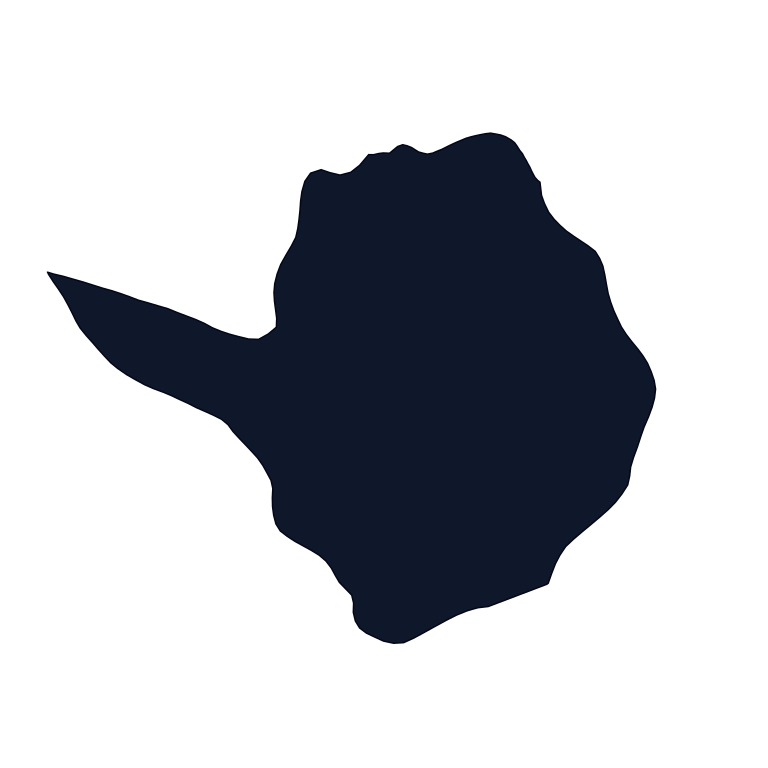 outline of Al Maflahi, Lahij, Yemen, rotated 63°
{"feature_id": "15242507B25338309738569", "entity_name": "Al Maflahi", "entity_type": "district", "adm_level": 2, "iso_a3": "YEM", "parent_name": "Yemen", "parent_adm1": "Lahij", "projection": "equal_earth", "projection_center": [45.119, 13.783], "detail": "fine", "context": "isolated", "style": "filled", "palette": "ink", "viewbox_px": 768, "rotation_deg": 63, "n_neighbors": 0, "source": "geoboundaries", "source_scale": "gbopen_adm2", "svg_char_len": 2906}
<svg xmlns="http://www.w3.org/2000/svg" viewBox="0 0 768 768"><g transform="rotate(63 384 384)"><path d="M227.4,158.5L224.3,159.9L218.9,163.4L215.1,167.0L212.2,170.7L208.9,175.1L207.2,179.6L205.7,184.6L205.0,187.3L204.4,189.5L203.3,194.1L202.3,199.4L201.9,204.9L201.5,210.0L201.3,215.0L201.2,220.1L201.2,225.6L200.7,230.9L200.4,235.7L198.9,241.0L196.2,244.3L193.0,247.8L189.7,249.8L185.8,252.1L182.3,255.2L179.3,258.7L179.2,259.6L178.6,264.0L179.7,269.0L180.9,274.3L177.8,279.8L176.2,284.2L175.0,289.1L172.7,293.5L173.2,294.7L178.1,306.5L180.3,317.5L177.9,328.3L175.1,331.6L171.1,336.3L164.5,342.7L162.8,353.7L167.5,362.5L175.2,369.7L183.1,375.2L187.1,377.6L191.4,380.2L198.8,385.0L206.3,390.2L213.3,396.0L219.0,403.9L224.4,412.4L230.6,421.7L237.5,429.3L245.1,435.9L249.3,438.5L252.5,440.5L260.5,444.0L268.4,446.8L276.8,449.8L284.5,454.1L286.9,464.4L287.3,475.4L282.5,484.2L281.7,485.1L275.8,492.0L269.5,499.0L263.0,505.4L256.0,511.4L248.5,516.5L241.1,522.5L233.5,529.4L226.0,536.2L219.0,542.2L212.1,549.5L204.5,557.5L197.8,564.8L191.0,570.9L184.1,577.4L177.3,584.2L170.6,591.5L163.8,598.4L156.6,605.7L150.0,612.8L142.6,620.7L136.0,628.5L131.7,632.9L131.7,633.0L134.1,633.1L142.9,632.2L151.1,631.0L160.9,629.9L170.8,629.6L178.9,629.6L179.0,629.6L188.0,629.8L196.3,629.3L205.7,627.3L214.3,625.0L223.3,622.8L231.9,620.5L241.1,617.8L249.1,614.3L258.9,609.0L267.2,603.6L276.1,597.5L283.4,591.5L291.1,584.4L297.9,578.6L305.1,573.1L312.1,567.5L320.0,561.8L327.3,555.8L334.4,550.1L341.6,544.8L349.5,541.4L357.8,540.1L367.5,537.4L375.7,534.9L384.0,532.5L392.4,530.2L401.4,528.9L409.6,528.6L418.6,528.4L426.6,530.5L434.6,535.1L442.7,539.0L450.9,541.9L459.5,543.8L467.9,543.1L475.9,539.3L483.9,534.7L491.4,529.6L498.9,524.5L506.9,519.6L515.3,516.1L523.9,514.5L532.1,514.3L540.5,513.8L548.7,511.3L557.5,508.6L565.5,510.6L573.5,515.0L582.1,517.1L582.3,517.1L590.3,516.5L598.1,512.7L605.3,507.1L612.8,501.2L619.3,493.2L623.4,483.9L623.9,472.9L623.6,461.3L623.2,450.2L622.8,436.4L622.8,424.7L623.8,413.0L625.0,406.6L626.0,401.8L629.6,392.1L636.3,330.4L636.3,329.3L636.1,328.2L628.8,320.5L621.9,312.8L616.3,304.9L611.3,295.9L608.3,285.6L605.6,274.4L605.1,272.2L603.1,263.3L600.4,251.7L599.1,246.7L597.7,241.3L594.4,231.4L590.0,222.0L584.6,212.7L577.4,206.8L569.9,201.9L562.7,195.0L555.0,186.7L547.0,178.7L540.5,171.9L533.3,163.2L526.2,155.5L519.4,149.4L511.8,144.3L503.5,141.7L494.6,140.4L485.1,139.8L476.6,140.5L468.4,141.9L458.4,144.1L449.7,145.7L441.0,146.6L432.7,146.4L423.3,146.0L414.1,144.9L405.1,143.2L395.6,140.4L387.2,137.8L378.0,135.4L369.9,134.9L361.7,135.6L353.5,139.5L346.0,143.7L338.5,147.9L330.5,152.1L322.5,155.2L314.4,157.7L305.7,159.3L295.9,159.1L287.4,158.0L275.0,153.4L272.5,154.6L268.5,155.7L264.8,155.8L261.9,155.8L260.9,155.8L256.9,155.6L253.0,155.8L249.4,155.8L245.5,156.1L241.6,156.1L237.6,157.0L232.0,157.5L228.3,158.1L227.4,158.5Z" fill="#0f172a" stroke="#020617" stroke-width="1.5"/></g></svg>